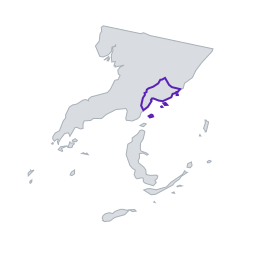 Madang highlighted on a map of Papua New Guinea, rotated 102°
{"feature_id": "PNG-1240", "entity_name": "Madang", "entity_type": "Province", "adm_level": 1, "iso_a3": "PNG", "parent_name": "Papua New Guinea", "parent_adm1": "", "projection": "equal_earth", "projection_center": [145.623, -4.997], "detail": "coarse", "context": "in_parent", "style": "outline", "palette": "violet", "viewbox_px": 256, "rotation_deg": 102, "n_neighbors": 0, "source": "natural_earth", "source_scale": "10m", "svg_char_len": 4247}
<svg xmlns="http://www.w3.org/2000/svg" viewBox="0 0 256 256"><g transform="rotate(102 128 128)"><path d="M33.2,173.4L33.1,135.3L31.6,132.5L33.0,125.7L32.9,61.3L35.6,61.7L48.7,69.5L57.6,73.6L65.3,75.5L72.5,82.0L77.8,82.3L85.6,91.3L88.7,92.0L94.3,99.5L94.6,105.6L94.0,109.5L102.4,113.2L110.4,118.4L114.8,118.9L117.2,120.8L120.2,125.2L120.8,131.2L119.1,132.2L111.5,132.2L109.4,134.1L112.4,143.5L119.2,152.0L124.3,155.9L125.8,163.7L128.4,166.1L130.1,172.2L132.8,172.9L137.9,171.9L138.8,174.4L138.0,178.3L138.7,179.9L148.2,183.1L145.1,185.1L146.5,188.7L152.7,191.7L156.5,192.9L158.9,192.5L156.1,194.2L153.7,193.7L153.3,194.3L154.3,195.7L156.3,197.3L154.2,199.4L152.1,199.7L148.2,198.3L144.9,194.5L134.5,192.8L131.0,191.1L128.1,191.7L119.7,189.7L117.0,187.0L115.1,182.9L110.2,178.0L109.0,175.6L109.5,172.3L108.1,172.8L105.2,170.5L97.6,155.5L93.8,153.3L84.1,150.8L82.7,147.8L78.2,146.7L77.2,148.7L73.5,150.0L70.4,148.6L67.3,144.9L71.0,153.2L69.7,153.2L70.3,154.5L69.6,154.7L65.6,154.2L66.8,157.6L60.2,159.5L55.3,158.8L52.9,159.7L51.9,159.6L50.6,157.0L48.9,157.5L50.4,157.6L52.3,160.5L56.4,160.1L60.4,162.3L63.8,167.2L63.7,170.6L54.5,176.9L49.2,174.2L41.5,174.9L38.7,173.9L35.2,175.1L33.2,173.4ZM171.7,89.1L173.6,90.8L175.5,89.0L179.2,91.2L178.5,99.5L177.3,101.8L174.1,102.6L173.7,103.8L175.8,108.7L174.9,110.4L172.2,112.3L167.7,112.1L166.5,115.4L164.1,118.4L154.4,124.3L143.9,124.8L140.4,121.1L136.8,121.8L132.0,117.5L127.9,115.7L127.1,114.1L127.2,111.9L128.3,110.7L135.6,110.9L140.2,112.6L146.2,111.6L147.9,110.3L148.5,105.0L149.5,102.8L150.6,103.8L149.3,107.9L150.7,111.6L155.0,110.5L157.8,111.3L159.9,110.3L162.9,104.5L165.3,101.9L169.8,100.5L169.7,96.3L168.2,90.5L168.8,88.8L171.7,89.1ZM224.4,131.6L223.8,133.5L223.5,132.9L221.3,134.6L218.8,134.1L216.5,132.2L214.8,128.8L214.8,125.1L212.3,123.4L209.2,118.6L208.5,115.4L208.8,110.2L213.5,113.2L218.2,122.3L222.7,126.3L224.4,131.6ZM188.5,91.4L185.4,99.7L183.4,96.3L182.7,93.9L182.6,87.6L177.6,78.1L172.5,75.0L162.1,65.1L158.0,63.6L159.0,63.1L159.0,60.7L164.2,65.8L167.3,67.1L171.6,71.1L174.5,72.4L187.0,87.1L188.5,91.4ZM105.6,50.4L115.5,50.7L115.7,51.8L114.4,52.0L112.7,54.0L106.8,53.4L104.2,54.4L104.1,53.0L105.0,52.6L104.9,51.1L105.6,50.4ZM154.9,177.3L156.6,178.7L158.2,178.5L159.3,180.1L159.5,182.8L158.8,183.4L158.4,182.5L153.7,182.0L154.6,180.5L153.7,177.5L154.9,177.3ZM154.0,62.2L150.6,62.2L148.0,59.0L151.4,57.5L154.0,58.9L154.0,62.2ZM161.8,188.8L164.1,187.1L164.6,187.7L163.7,191.8L160.3,190.0L158.0,183.5L161.8,188.8ZM180.2,171.5L183.9,170.8L185.8,172.5L186.3,173.2L185.9,174.9L182.8,174.2L180.2,171.5ZM188.6,211.1L195.6,215.6L193.0,216.3L190.8,215.1L190.5,214.0L189.6,214.4L190.1,213.6L188.6,211.1ZM123.1,116.8L120.0,113.4L120.2,111.0L123.5,113.1L123.1,116.8ZM152.5,179.8L151.6,179.9L149.5,177.5L150.8,174.9L152.2,175.8L152.5,179.8ZM207.8,110.0L206.4,104.5L207.6,102.8L208.8,106.3L207.8,110.0ZM112.3,110.0L110.1,107.8L111.7,105.8L112.7,106.9L112.3,110.0ZM145.5,43.1L144.3,43.5L142.7,41.7L143.1,39.7L145.0,41.0L145.5,43.1ZM97.9,96.4L96.6,98.3L95.7,96.8L97.2,94.6L97.9,96.4ZM162.4,161.3L162.5,168.0L161.5,166.7L162.0,163.9L161.0,163.1L162.4,161.3ZM64.6,163.1L66.7,165.8L61.6,161.4L64.6,163.1ZM66.5,162.4L63.7,161.3L63.1,160.5L66.4,160.9L66.5,162.4ZM202.3,211.7L202.1,212.7L200.3,212.8L199.0,211.5L200.2,211.8L200.0,210.9L202.3,211.7ZM182.2,68.8L182.3,71.9L181.0,69.7L182.2,68.8ZM175.3,67.2L174.8,68.0L173.5,65.8L173.7,65.4L175.3,67.2ZM159.5,198.1L159.3,199.5L158.0,198.8L158.2,197.9L159.5,198.1ZM174.2,64.8L173.2,65.2L173.4,63.1L174.2,64.8ZM120.7,55.1L120.9,56.6L119.5,56.3L120.7,55.1ZM195.3,86.0L195.1,87.4L194.4,87.0L195.3,86.0Z" fill="#d9dde1" stroke="#a8b0b8" stroke-width="1"/><path d="M79.1,85.2L82.7,87.0L82.7,88.1L84.3,89.3L85.4,91.5L88.9,92.0L94.5,99.5L94.8,103.6L93.8,109.3L94.2,110.8L95.9,111.4L96.8,110.6L103.1,112.9L107.4,116.6L103.4,119.8L95.5,119.7L92.0,118.3L90.3,119.1L89.1,117.4L86.6,117.6L84.9,116.1L82.5,112.1L78.1,107.7L74.1,106.4L73.6,104.8L71.3,102.2L77.3,96.8L78.9,93.6L79.1,85.2ZM111.5,105.9L113.1,108.7L112.1,110.2L110.1,108.1L110.2,106.8L111.5,105.9ZM97.2,94.5L97.9,96.7L96.5,98.4L95.7,96.5L97.2,94.5ZM85.4,86.1L85.7,87.3L84.9,87.4L84.8,86.3L85.4,86.1ZM99.8,99.5L100.3,98.9L100.6,99.7L100.2,100.0L99.8,99.5Z" fill="none" stroke="#5b21b6" stroke-width="2"/></g></svg>